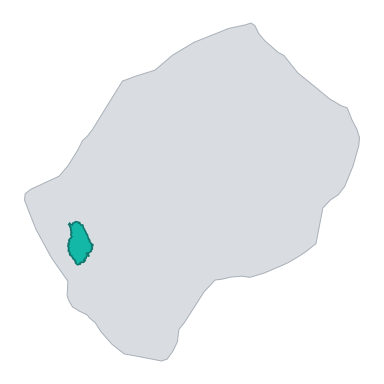 location of Makoabating, Mafeteng, Lesotho
{"feature_id": "5366337B10709831324049", "entity_name": "Makoabating", "entity_type": "district", "adm_level": 2, "iso_a3": "LSO", "parent_name": "Lesotho", "parent_adm1": "Mafeteng", "projection": "orthographic", "projection_center": [27.416, -29.927], "detail": "fine", "context": "in_parent", "style": "filled", "palette": "teal", "viewbox_px": 384, "rotation_deg": 0, "n_neighbors": 0, "source": "geoboundaries", "source_scale": "gbopen_adm2", "svg_char_len": 5697}
<svg xmlns="http://www.w3.org/2000/svg" viewBox="0 0 384 384"><path d="M264.3,273.0L251.4,276.9L249.7,277.3L241.5,276.2L230.5,277.1L221.9,279.2L215.2,280.0L204.2,291.6L184.2,322.9L178.9,329.4L177.4,341.8L172.7,351.5L167.1,359.1L161.6,361.0L145.2,357.8L124.2,353.9L112.0,344.3L101.1,331.9L95.3,322.8L89.3,317.8L87.3,315.0L78.7,310.8L75.4,308.6L72.6,307.1L69.1,301.1L67.1,295.8L67.9,281.2L61.8,272.6L51.4,257.7L44.8,245.6L35.8,229.0L30.2,214.8L24.5,200.1L25.2,193.7L30.6,189.4L46.7,181.9L59.1,176.2L68.0,165.7L77.8,150.0L82.5,140.6L87.2,136.3L92.4,129.7L101.5,114.9L111.6,98.6L122.4,81.1L136.1,76.0L154.8,70.2L172.8,55.0L194.2,42.2L228.8,28.4L244.9,25.0L251.1,23.0L254.9,25.7L258.9,33.8L264.7,40.6L278.2,52.5L283.9,55.4L297.7,72.8L312.6,84.9L329.6,98.9L341.3,105.8L347.2,107.8L352.0,120.0L356.8,129.1L359.5,137.6L358.8,145.8L353.1,165.8L344.8,186.2L338.4,194.6L330.5,199.9L322.9,207.9L319.7,224.3L316.0,243.6L306.1,251.5L298.4,256.6L287.7,262.9L264.3,273.0Z" fill="#d9dde1" stroke="#a8b0b8" stroke-width="1"/><path d="M80.3,264.0L80.4,263.5L80.6,263.4L80.6,263.2L80.2,262.9L81.0,262.5L81.1,262.1L81.3,262.0L81.5,262.1L81.7,262.4L82.0,262.4L83.3,262.4L83.6,262.3L83.8,262.2L84.4,261.5L84.6,261.2L84.3,261.0L83.9,261.2L83.7,261.0L83.6,260.8L83.6,260.4L83.8,260.3L84.7,260.7L85.1,260.7L85.4,260.5L85.4,260.4L85.1,259.9L85.0,259.7L84.3,259.2L84.4,258.8L84.8,258.4L85.5,258.5L85.9,258.4L86.1,258.3L86.2,258.0L86.4,257.1L86.4,256.9L86.3,256.5L86.3,256.2L86.9,256.3L87.0,256.2L87.3,255.9L87.7,255.7L88.2,255.9L88.6,256.2L88.8,256.1L88.8,255.9L88.9,255.5L88.9,255.4L88.6,254.8L88.3,254.6L88.2,254.3L88.0,254.1L87.4,253.9L87.2,254.0L86.8,254.1L86.5,253.8L86.4,253.6L86.4,253.1L86.7,252.9L87.4,253.2L87.9,253.2L88.3,253.0L88.8,253.1L89.0,252.9L89.1,252.5L89.2,252.4L89.4,252.3L89.5,252.4L89.9,252.3L90.0,252.2L90.3,251.6L90.5,251.3L90.8,251.1L91.0,251.1L91.3,251.3L91.4,251.1L91.4,250.7L91.0,250.3L91.0,249.9L91.2,249.3L91.5,249.1L92.0,249.2L92.3,249.2L92.3,248.2L92.4,247.5L92.4,247.2L92.2,247.1L91.7,247.0L91.5,246.8L91.6,245.5L91.7,245.4L92.0,245.4L92.8,245.6L92.9,245.4L92.9,244.6L92.6,244.5L91.9,244.1L91.7,244.1L91.6,243.7L91.4,243.5L91.2,243.7L91.1,243.4L91.1,243.2L90.7,242.8L90.0,242.1L89.6,241.9L89.6,241.5L89.9,241.2L89.9,240.8L89.6,240.7L89.6,240.4L89.5,240.2L89.2,240.1L89.1,239.8L89.0,239.7L89.3,239.5L89.2,239.4L88.7,239.2L88.6,238.9L88.3,238.6L88.5,238.4L88.5,238.0L87.7,236.6L87.7,236.4L87.5,236.1L87.5,235.9L87.7,235.4L87.7,235.2L87.4,234.5L87.3,234.4L87.0,234.5L86.8,234.3L86.7,234.2L86.8,234.1L86.5,233.8L86.4,233.7L86.2,233.6L86.1,233.1L86.1,232.8L86.1,232.4L85.8,232.2L85.7,232.0L85.5,231.8L85.4,231.7L85.5,231.2L85.3,230.9L85.1,230.8L85.0,230.7L84.9,230.6L84.8,230.3L84.7,230.2L84.5,229.9L84.4,229.5L84.5,229.5L84.5,229.2L84.1,228.9L83.9,228.6L83.7,228.5L83.7,228.3L83.5,228.1L83.5,227.7L83.3,227.2L83.3,226.9L83.1,226.3L83.2,226.1L83.1,225.8L82.9,225.6L82.8,225.2L82.7,225.0L82.5,224.9L82.0,225.0L81.9,224.9L81.5,225.0L81.2,225.0L80.7,224.9L80.6,224.6L80.4,224.0L80.0,223.6L79.7,222.7L79.5,222.9L79.4,223.0L79.3,222.9L78.9,223.2L78.7,223.2L78.7,222.9L78.1,222.0L77.2,221.8L76.7,221.8L75.6,221.6L75.3,221.8L75.3,222.1L74.8,222.3L74.6,222.3L74.4,222.6L73.9,222.8L73.6,222.9L73.0,223.0L72.9,223.2L72.7,223.3L72.7,223.5L72.5,224.3L72.4,224.4L72.4,224.6L72.1,225.1L71.8,224.9L71.6,224.8L71.3,224.8L71.1,224.7L70.9,224.5L70.7,224.3L70.7,224.2L70.2,223.8L70.2,223.6L69.8,223.3L69.8,223.5L69.7,223.4L69.4,223.6L69.2,223.7L69.2,223.9L69.2,224.1L68.9,224.3L69.1,224.4L69.2,224.6L69.2,224.9L69.4,225.0L69.6,225.0L69.4,225.1L69.6,225.4L69.5,225.5L69.8,225.7L69.8,226.1L70.0,225.9L70.1,226.0L70.0,226.3L70.0,226.5L69.9,226.7L69.9,227.0L70.2,227.1L70.4,227.1L70.5,227.2L70.7,227.4L70.9,227.6L71.1,227.8L71.0,228.0L70.8,228.0L70.8,228.4L70.7,228.5L70.7,228.8L70.6,229.2L70.8,229.4L70.8,229.5L70.7,229.5L70.6,229.8L70.9,230.1L70.7,230.2L70.8,230.4L71.2,230.4L71.1,230.8L71.4,231.2L71.4,231.4L71.2,231.5L71.0,231.8L71.2,232.4L71.0,232.6L71.1,232.8L71.4,232.8L71.2,233.1L71.2,233.3L71.4,233.5L71.0,233.8L71.1,234.1L71.0,234.3L70.8,234.6L70.7,234.9L70.8,235.1L71.0,235.3L71.2,235.6L71.3,236.0L72.0,236.6L71.8,236.9L71.5,236.8L71.3,236.9L71.2,237.1L71.3,237.2L71.2,237.9L71.1,238.1L70.7,238.2L70.6,238.4L70.3,238.6L70.0,238.5L69.8,238.6L69.7,238.8L69.8,239.0L69.3,239.2L69.1,239.6L69.0,239.9L69.1,240.1L69.3,240.1L69.3,240.4L68.9,240.4L68.8,240.5L69.0,240.7L69.0,240.8L69.1,241.3L69.4,241.2L69.4,241.3L69.3,241.5L69.5,241.6L69.5,241.8L69.4,241.9L69.2,242.0L69.0,242.5L68.7,242.6L68.6,243.0L68.3,243.1L68.3,243.4L68.5,243.6L68.2,244.0L68.4,244.1L68.8,244.1L68.8,244.5L69.1,244.7L69.0,244.8L68.9,244.8L68.8,245.0L68.4,245.0L68.3,245.3L68.3,245.6L68.0,245.7L68.1,245.9L67.9,246.4L68.2,246.7L68.3,247.2L68.8,247.7L68.8,247.8L68.7,248.0L69.0,248.0L68.7,248.4L68.6,248.6L68.7,249.2L68.4,249.4L68.4,249.8L68.6,250.0L68.6,250.4L68.5,250.6L69.0,250.5L69.2,250.8L68.8,251.2L68.8,251.3L69.2,251.6L69.2,251.9L69.3,252.2L69.7,252.5L69.4,253.0L69.6,253.2L69.8,253.3L69.9,253.7L70.0,253.8L70.1,253.7L70.0,253.4L70.3,253.5L70.3,254.0L70.0,254.2L69.9,254.0L69.7,254.0L69.7,254.5L69.9,254.7L70.1,255.1L70.1,255.4L70.4,255.5L71.3,255.6L71.7,255.7L71.7,255.9L71.5,256.1L72.0,256.4L72.4,257.6L72.6,257.8L72.6,258.1L72.8,258.2L73.1,258.0L73.4,258.3L73.5,258.8L73.4,259.2L73.4,259.3L73.7,259.3L73.8,259.4L74.1,259.5L74.3,259.6L74.9,260.0L75.1,260.2L75.1,260.5L74.8,260.9L74.9,261.1L75.2,260.9L75.5,260.9L75.5,261.0L75.4,261.0L75.5,261.4L75.4,261.9L75.6,262.2L75.8,262.5L75.6,263.0L75.8,263.1L76.2,263.2L76.2,263.4L76.1,263.5L76.6,264.0L76.8,264.3L77.1,264.6L77.5,264.7L78.3,264.7L78.5,264.5L78.9,264.2L79.0,264.1L79.3,264.3L79.6,264.2L79.9,263.7L80.1,263.9L80.3,264.0Z" fill="#14b8a6" stroke="#0f766e" stroke-width="1.5"/></svg>